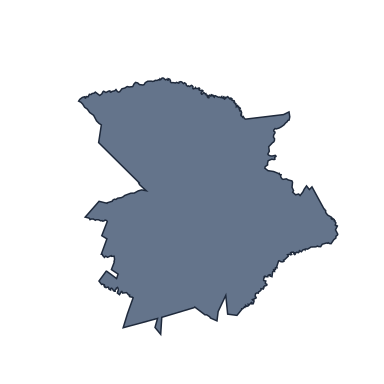 Mount Darwin, Mashonaland Central, Zimbabwe, rotated 336°
{"feature_id": "62879985B29850987700829", "entity_name": "Mount Darwin", "entity_type": "district", "adm_level": 2, "iso_a3": "ZWE", "parent_name": "Zimbabwe", "parent_adm1": "Mashonaland Central", "projection": "robinson", "projection_center": [31.728, -16.538], "detail": "fine", "context": "isolated", "style": "filled", "palette": "slate", "viewbox_px": 384, "rotation_deg": 336, "n_neighbors": 0, "source": "geoboundaries", "source_scale": "gbopen_adm2", "svg_char_len": 5990}
<svg xmlns="http://www.w3.org/2000/svg" viewBox="0 0 384 384"><g transform="rotate(336 192 192)"><path d="M113.4,294.2L146.9,298.5L147.6,298.1L147.4,297.6L153.9,309.5L155.3,310.0L157.4,313.1L157.6,314.6L162.4,319.9L167.3,311.8L180.8,300.2L174.9,318.1L182.9,323.0L189.5,319.6L189.9,318.9L190.7,319.3L192.6,318.6L193.3,318.9L193.5,318.1L195.0,318.6L195.1,317.8L195.7,318.8L197.0,318.9L197.5,318.7L197.7,317.5L198.6,318.3L201.3,317.1L201.6,317.7L201.2,318.6L202.5,319.0L204.4,316.8L204.3,316.1L203.5,315.5L203.4,314.8L205.4,315.1L205.8,314.7L206.6,315.0L207.6,314.8L207.7,314.2L207.3,312.9L208.7,310.7L210.2,310.6L211.4,311.4L212.3,310.3L213.8,310.2L215.2,309.6L215.7,308.4L217.6,309.6L218.0,308.7L218.8,308.8L219.1,307.7L220.2,307.3L221.1,307.7L222.7,307.4L222.8,306.7L222.1,305.8L221.9,305.1L223.2,303.3L221.6,302.2L221.5,301.7L222.6,299.9L223.4,299.6L223.4,299.1L223.1,299.3L223.7,298.6L224.5,298.6L225.2,299.5L226.8,300.3L227.6,299.1L229.4,299.1L229.7,299.3L229.1,299.9L229.1,300.5L230.6,301.9L233.2,297.7L233.9,297.5L235.1,298.2L235.3,297.6L234.9,296.8L235.0,296.1L236.7,296.7L237.1,296.3L237.2,295.3L237.6,295.1L238.9,295.8L239.1,294.6L243.1,290.2L243.7,290.2L244.9,291.9L246.5,292.7L247.8,292.7L247.9,291.5L248.8,291.6L253.8,289.8L254.0,289.0L253.8,288.1L255.6,288.5L256.5,289.5L257.6,289.6L257.4,287.6L258.2,287.5L260.1,288.2L260.0,290.4L260.4,291.0L261.0,290.8L261.3,289.4L262.3,289.9L263.3,289.6L264.3,290.7L265.1,290.6L266.3,289.3L267.6,291.1L269.9,290.0L271.4,290.2L271.7,290.9L272.1,290.3L272.8,290.3L274.4,291.2L278.4,290.7L282.9,292.5L284.6,292.4L285.2,293.2L287.3,294.3L289.7,292.7L294.1,293.3L295.1,294.0L295.8,293.7L296.5,294.9L298.0,295.8L302.2,293.2L304.7,292.6L305.5,291.0L307.4,290.5L308.0,289.8L307.7,284.9L311.0,282.2L310.6,281.5L309.9,281.5L309.4,280.5L310.9,278.7L310.6,277.4L310.9,276.5L310.2,276.1L310.7,275.1L309.7,273.3L309.0,274.0L308.6,273.6L308.4,272.9L309.0,272.5L309.1,271.7L306.5,268.2L305.8,265.0L306.6,263.2L306.1,262.4L306.1,261.5L305.7,261.2L303.7,236.1L300.2,237.5L299.1,233.0L295.6,235.1L293.4,237.0L289.3,239.2L288.6,237.2L285.5,236.7L283.9,233.1L285.3,232.1L285.3,228.4L287.8,224.0L287.8,222.5L284.8,220.1L283.6,218.4L280.3,217.5L279.6,216.6L279.2,214.6L279.5,213.5L280.4,212.4L279.0,211.6L279.3,210.5L278.7,210.4L274.9,206.5L270.1,203.4L268.2,199.8L269.2,198.6L272.1,198.0L272.7,196.4L274.3,194.4L278.2,194.5L280.2,195.8L281.1,195.8L281.6,194.0L283.2,193.7L283.3,193.0L283.0,192.4L279.7,191.7L278.2,190.8L276.9,189.3L276.7,188.2L279.2,186.2L280.5,181.8L285.9,179.6L286.8,179.6L288.1,178.7L289.1,176.9L288.7,175.1L289.4,173.8L290.1,172.9L291.6,172.0L292.2,171.0L291.5,169.8L291.8,168.7L293.7,167.8L294.5,168.6L297.4,169.0L300.0,168.8L303.4,168.1L305.5,167.0L307.5,166.5L308.6,165.6L310.0,165.8L311.9,163.1L313.2,158.3L307.1,158.5L270.5,147.2L269.8,146.2L269.5,143.9L268.6,144.2L268.7,143.4L267.8,142.2L268.4,141.8L268.3,141.1L268.8,141.0L268.7,140.5L269.5,140.0L269.8,138.0L269.0,137.7L269.2,137.4L268.8,137.0L268.9,135.4L269.0,135.1L270.0,135.6L270.1,134.8L269.1,133.7L269.3,132.9L268.6,132.9L268.7,131.6L267.2,132.1L267.8,130.7L267.5,129.7L268.0,129.4L266.9,127.5L266.9,127.1L267.5,127.1L267.6,125.7L265.9,124.6L266.4,123.1L265.9,122.9L265.8,122.0L265.4,121.9L265.0,122.6L264.6,122.7L263.4,119.4L262.8,119.6L261.2,119.2L261.1,120.0L259.5,120.4L259.0,119.3L259.9,118.6L259.8,117.9L257.8,118.3L257.6,117.9L257.9,116.9L256.5,117.3L255.7,116.4L254.7,116.2L252.4,113.5L251.7,113.5L250.9,114.4L250.1,112.5L250.6,112.3L249.5,111.2L249.2,112.0L248.1,112.0L247.8,110.7L247.0,110.8L246.5,111.0L245.9,112.7L245.1,112.5L244.7,111.2L245.5,110.0L244.4,109.0L244.7,107.8L244.0,107.7L243.2,105.9L241.5,106.7L240.6,106.6L240.5,105.4L240.8,105.0L243.1,104.0L242.6,103.1L241.5,102.9L240.1,101.9L240.1,101.1L241.0,100.7L240.8,99.8L239.2,99.7L237.6,98.9L237.6,98.0L236.7,98.5L235.1,98.3L234.9,97.7L235.7,96.3L235.4,95.0L234.8,94.3L232.8,94.7L232.1,93.7L231.1,93.8L230.3,92.3L230.5,90.6L229.6,89.2L228.3,89.5L227.4,87.3L226.6,86.6L225.0,86.3L224.5,87.1L224.0,87.1L222.4,85.5L221.2,85.7L219.3,84.4L217.5,83.7L217.1,82.6L217.6,81.6L217.5,79.9L216.3,78.8L215.9,80.0L215.5,80.1L214.7,78.7L213.3,78.7L212.3,76.4L211.1,75.7L209.2,76.6L208.7,75.6L208.0,76.4L207.2,75.8L205.5,75.9L203.8,75.0L202.9,75.3L201.0,75.0L200.0,74.2L196.6,72.8L193.8,73.1L191.9,74.4L190.7,74.3L187.7,72.5L186.8,70.3L185.0,68.9L183.0,69.7L180.7,71.6L177.3,70.5L175.7,69.3L172.8,69.7L170.0,69.2L166.7,71.0L165.5,70.9L164.7,69.9L164.2,67.5L162.7,68.1L159.7,67.6L158.4,67.9L158.0,67.5L158.1,66.2L156.7,65.9L153.9,66.1L152.3,64.0L151.6,64.1L149.5,65.7L147.0,66.3L144.3,61.4L142.8,61.9L140.7,61.4L139.4,61.9L138.0,61.0L135.7,62.8L134.3,61.8L133.0,62.9L132.6,62.6L132.9,61.6L132.6,61.3L130.3,61.0L127.2,61.7L125.4,62.9L127.0,64.8L127.9,67.3L128.4,70.9L130.1,73.7L130.9,77.8L133.3,81.9L133.7,88.2L135.0,91.6L136.5,93.8L126.8,108.9L147.5,162.1L147.0,162.1L147.1,164.0L150.7,172.2L146.8,169.6L143.3,169.1L138.7,169.5L135.6,168.2L129.2,167.8L126.9,168.4L125.1,168.4L121.5,167.4L119.6,167.9L118.1,167.0L116.1,167.3L115.4,168.0L109.7,167.3L109.6,167.6L103.3,162.7L84.2,171.5L87.0,173.7L87.5,174.3L87.6,175.8L88.8,175.7L90.9,176.6L92.2,178.5L93.0,178.3L95.3,179.3L96.9,181.2L98.2,181.5L98.4,182.2L99.6,182.6L101.2,182.3L102.4,183.4L102.6,184.5L91.8,195.2L95.2,200.2L83.8,212.0L84.7,212.5L84.6,213.9L85.2,215.0L85.3,216.1L87.1,215.6L88.3,217.3L92.3,217.3L92.3,218.0L94.7,219.0L93.9,222.0L92.5,223.8L92.6,224.3L86.8,230.1L91.1,236.9L87.9,240.4L81.7,229.4L82.0,229.3L81.5,229.4L70.8,235.5L71.8,239.7L72.7,239.7L74.2,241.2L74.0,241.7L73.6,241.7L73.5,243.1L74.0,243.0L74.5,244.4L76.6,244.7L76.9,245.2L76.7,247.0L77.8,248.4L78.6,247.1L79.5,247.2L80.0,248.5L80.1,250.1L80.7,251.1L81.5,251.4L81.7,250.4L83.1,249.9L83.7,249.1L85.2,248.9L85.2,250.5L84.8,251.6L82.7,253.9L84.0,256.3L86.6,254.4L87.4,254.3L87.5,256.1L91.3,257.3L92.1,259.9L93.1,260.9L92.4,261.4L92.6,262.4L94.9,264.0L95.2,264.7L83.5,277.0L73.9,288.0L109.1,293.5L103.1,300.7L105.5,309.3L113.4,294.2Z" fill="#64748b" stroke="#1e293b" stroke-width="1.5"/></g></svg>